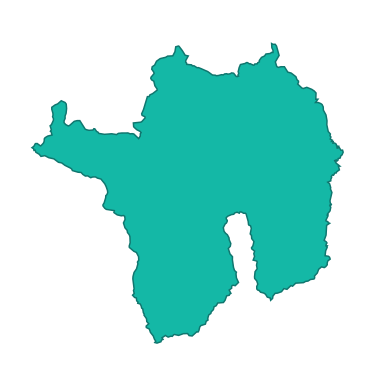 Nam Po, Điện Biên, Vietnam (Albers equal-area conic projection), rotated 354°
{"feature_id": "81297802B39086824409595", "entity_name": "Nam Po", "entity_type": "district", "adm_level": 2, "iso_a3": "VNM", "parent_name": "Vietnam", "parent_adm1": "Điện Biên", "projection": "albers", "projection_center": [102.839, 21.886], "detail": "fine", "context": "isolated", "style": "filled", "palette": "teal", "viewbox_px": 384, "rotation_deg": 354, "n_neighbors": 0, "source": "geoboundaries", "source_scale": "gbopen_adm2", "svg_char_len": 5985}
<svg xmlns="http://www.w3.org/2000/svg" viewBox="0 0 384 384"><g transform="rotate(354 192 192)"><path d="M321.8,102.4L317.1,99.9L313.5,100.7L312.2,100.1L308.4,95.7L309.4,94.0L309.5,92.9L308.1,91.2L307.4,88.2L303.1,84.1L299.8,82.8L297.0,77.1L293.6,76.7L290.8,77.1L289.4,76.1L288.5,71.3L292.9,65.3L291.3,55.7L290.2,53.8L287.8,53.5L286.7,52.7L286.5,56.9L287.4,59.5L287.1,61.7L285.7,61.5L284.3,62.4L279.9,62.5L278.4,64.3L275.2,65.4L272.7,68.2L272.6,69.6L270.9,70.3L270.3,71.3L267.7,71.3L267.1,72.2L266.3,72.3L263.3,70.5L262.4,70.5L260.7,69.1L259.6,69.0L258.4,69.7L253.5,70.3L251.9,73.2L250.5,77.2L250.9,78.8L249.9,80.6L250.4,81.6L249.0,82.0L248.1,81.7L245.8,78.2L243.8,77.7L242.3,78.4L239.9,78.6L239.0,78.0L236.8,78.0L235.3,78.8L233.6,78.4L230.4,78.9L228.3,78.9L227.5,78.3L224.6,77.8L220.4,74.0L214.0,70.3L211.5,69.0L210.0,68.9L207.2,66.7L205.5,66.6L204.9,65.5L200.1,64.5L200.1,63.3L199.3,62.2L199.6,60.5L202.5,56.3L199.5,55.3L197.1,50.3L194.3,45.7L193.7,45.4L191.0,45.9L189.7,50.7L187.1,54.6L182.0,54.3L179.8,55.3L174.3,56.0L170.4,58.2L168.1,61.9L165.5,63.3L164.8,65.7L166.5,68.8L166.7,70.2L163.2,73.6L162.9,74.8L163.6,76.3L165.6,77.8L166.2,82.5L168.0,85.8L168.0,87.0L163.2,90.0L160.3,91.0L159.4,92.6L157.6,92.5L152.4,104.9L150.1,109.0L150.4,110.6L153.0,112.2L153.1,113.4L149.4,116.8L148.2,117.2L140.9,117.2L140.8,120.8L141.1,121.5L143.6,124.3L146.7,126.3L147.6,127.6L146.7,128.6L146.4,131.0L144.5,133.3L140.2,128.2L138.5,127.7L136.6,127.7L134.5,126.6L128.2,126.0L124.9,126.0L123.0,127.0L118.2,125.7L111.0,125.5L105.5,124.0L104.7,122.6L103.5,121.9L101.9,119.0L101.0,118.8L100.0,120.0L96.0,119.9L94.0,119.2L92.4,118.4L87.9,109.3L85.2,109.0L82.3,109.4L77.2,113.0L75.9,113.4L73.4,111.7L72.0,109.7L72.2,107.9L73.5,105.6L73.7,103.2L75.0,100.6L76.0,95.9L76.1,91.4L75.1,89.7L71.5,87.6L67.5,90.4L65.1,91.0L61.4,93.1L61.2,95.2L61.9,99.1L61.8,101.1L61.2,102.5L61.9,104.7L61.6,106.3L59.2,110.4L57.8,111.3L58.6,115.4L57.5,116.8L58.3,117.6L58.7,120.7L54.4,121.3L51.6,122.6L50.7,123.6L50.3,126.1L49.3,127.9L46.6,130.2L46.1,130.3L43.1,127.6L41.3,127.5L39.5,130.0L37.5,131.2L39.0,132.4L39.2,134.1L40.3,134.0L40.9,136.2L44.0,138.5L45.5,140.8L49.5,140.5L53.1,142.9L58.1,144.6L62.3,148.5L65.4,149.4L68.4,152.2L73.6,155.5L74.7,156.5L75.3,158.2L80.7,160.4L83.8,161.0L85.3,163.1L87.6,165.0L89.9,165.0L92.8,167.2L94.6,166.7L97.6,166.9L99.4,168.3L102.8,169.6L106.1,174.7L107.2,177.7L108.1,181.7L108.1,183.8L107.1,185.7L105.9,186.6L105.5,188.8L103.5,193.6L102.2,195.3L102.0,196.5L103.5,199.0L104.9,200.3L112.8,202.4L112.2,204.3L115.2,206.9L119.2,208.3L121.4,208.2L122.5,209.2L122.6,212.2L120.6,215.6L121.6,220.6L123.5,223.4L123.6,225.6L125.1,227.9L125.6,230.0L125.2,236.0L123.9,239.2L123.9,240.6L128.0,244.9L130.4,246.3L132.1,250.7L131.9,254.2L130.4,256.0L130.7,257.7L128.8,262.6L126.0,265.9L124.5,269.9L124.1,272.2L124.3,282.4L123.5,283.8L123.9,286.9L122.1,288.4L123.9,290.9L125.6,291.6L125.6,294.4L126.8,295.8L126.4,297.0L128.7,297.9L129.5,299.8L129.8,302.2L130.8,303.1L131.0,307.0L131.7,308.3L131.4,309.5L133.5,313.2L133.5,316.2L135.2,318.5L132.4,320.6L132.4,322.0L135.2,323.8L136.0,327.3L138.4,331.1L139.3,334.6L140.4,336.6L139.3,337.8L141.4,338.6L145.4,337.7L146.3,336.0L147.8,335.6L146.9,333.9L150.5,331.9L153.1,333.8L155.9,333.2L157.3,333.5L158.9,332.0L159.8,331.9L163.7,333.2L168.6,332.0L172.8,332.3L174.1,334.5L177.1,335.2L182.2,331.5L183.3,331.9L184.3,330.7L185.6,327.1L186.8,325.8L191.5,324.8L192.6,322.0L194.5,321.1L194.5,319.2L195.8,316.0L198.0,314.8L198.6,313.2L201.0,311.2L201.9,308.5L204.2,307.6L206.0,305.1L211.7,305.2L213.6,303.1L215.6,298.9L218.2,298.6L219.0,297.4L220.1,296.9L218.7,293.4L221.4,291.8L221.5,290.1L222.1,289.3L223.1,289.0L225.2,289.7L228.8,286.8L227.2,282.1L227.2,277.8L227.8,276.4L226.1,274.5L225.4,271.4L225.1,263.6L225.5,260.6L223.3,257.5L222.2,252.0L224.4,250.0L225.2,247.3L224.0,243.4L224.0,241.4L222.7,238.2L221.1,236.6L219.8,234.5L219.4,230.7L221.6,227.3L223.0,226.4L223.9,224.9L224.1,223.9L223.2,222.3L223.4,221.0L225.3,219.7L228.9,218.6L231.2,218.5L232.3,217.3L234.7,216.8L236.8,218.0L237.7,216.8L239.1,217.1L241.0,218.5L242.9,218.7L243.5,219.4L244.8,227.0L244.8,230.2L245.2,231.0L246.6,231.6L247.2,234.3L245.5,239.8L246.6,241.5L246.5,244.6L248.4,247.7L247.0,251.8L245.3,253.8L245.6,255.0L248.1,257.3L247.0,259.9L247.5,262.6L245.7,266.1L249.1,267.4L249.5,268.4L248.5,271.5L248.8,275.1L246.4,277.8L245.3,283.0L245.3,284.6L247.1,287.2L247.8,290.5L246.5,292.7L246.3,295.2L247.0,296.3L248.5,297.0L249.7,298.8L252.8,300.0L254.4,301.3L255.9,304.4L258.7,305.6L258.9,307.9L261.0,306.3L261.6,304.0L264.0,301.5L266.5,301.5L270.6,300.5L273.3,297.7L276.3,298.7L280.6,295.4L282.2,296.2L285.6,293.5L293.4,293.8L295.6,292.8L298.1,292.7L300.6,291.4L304.2,291.3L305.0,290.3L305.1,288.3L308.1,285.7L309.9,282.1L313.0,280.0L315.6,281.0L317.1,280.3L318.9,278.5L319.0,276.8L319.9,274.7L322.4,273.2L322.0,271.3L321.0,270.2L317.7,269.3L318.8,264.4L320.6,261.3L320.3,260.8L321.0,259.7L319.5,259.5L320.2,257.5L320.9,256.8L320.3,255.6L318.4,253.9L320.8,248.9L322.4,239.2L325.6,237.5L324.2,236.7L324.0,235.7L322.3,234.8L322.2,234.1L324.6,230.2L324.2,229.5L324.8,229.4L324.9,228.8L324.3,228.6L324.4,228.1L327.3,225.2L328.4,221.7L327.7,220.1L328.3,219.9L328.2,219.2L328.9,219.4L329.3,218.9L328.4,217.4L328.3,215.2L331.1,207.1L330.0,203.5L330.4,202.1L329.7,198.2L328.0,196.4L331.2,195.4L331.4,193.8L332.4,192.2L332.1,191.2L333.5,189.7L334.5,190.1L336.0,188.1L337.5,188.1L337.9,187.1L340.9,185.4L340.3,181.7L341.7,181.7L338.5,178.5L337.2,175.7L338.8,175.2L339.3,176.4L340.5,175.6L340.9,174.0L342.9,173.7L343.9,171.4L345.1,170.8L346.5,168.2L346.1,166.1L344.5,166.1L343.0,162.9L341.6,163.6L340.8,163.3L341.1,162.2L342.1,161.7L340.6,161.2L340.5,159.6L339.0,158.2L337.3,158.1L337.8,156.5L336.0,156.3L336.9,155.1L335.0,153.8L335.9,151.8L335.1,150.5L335.7,148.8L333.8,146.1L333.1,139.2L333.7,135.3L333.3,129.4L331.2,124.3L331.4,121.1L330.5,118.6L329.3,117.5L326.8,116.2L324.2,115.9L326.9,112.9L324.8,112.7L325.7,106.5L324.1,104.3L321.8,102.4Z" fill="#14b8a6" stroke="#0f766e" stroke-width="1.5"/></g></svg>